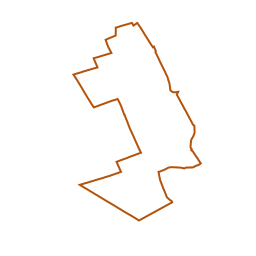 the district of Tultepec, México, Mexico, rotated 141°
{"feature_id": "50627088B32512341732198", "entity_name": "Tultepec", "entity_type": "district", "adm_level": 2, "iso_a3": "MEX", "parent_name": "Mexico", "parent_adm1": "México", "projection": "equal_earth", "projection_center": [-99.118, 19.678], "detail": "fine", "context": "isolated", "style": "outline", "palette": "amber", "viewbox_px": 256, "rotation_deg": 141, "n_neighbors": 0, "source": "geoboundaries", "source_scale": "gbopen_adm2", "svg_char_len": 4759}
<svg xmlns="http://www.w3.org/2000/svg" viewBox="0 0 256 256"><g transform="rotate(141 128 128)"><path d="M141.6,165.5L140.7,165.2L133.3,162.7L132.7,162.5L131.9,162.2L123.4,159.3L121.6,158.6L121.4,158.4L120.7,158.1L120.2,157.9L117.8,157.1L118.3,154.6L118.9,152.1L119.5,149.5L120.6,146.4L121.7,143.2L122.6,140.4L122.4,140.3L123.3,137.5L124.2,134.7L125.1,131.8L125.4,131.0L125.7,130.0L126.0,129.1L127.1,125.7L127.2,125.0L128.2,121.2L129.1,117.5L129.2,117.3L130.2,113.7L131.2,109.8L131.3,109.3L131.8,107.7L132.0,106.7L132.3,105.7L132.9,103.1L133.5,100.6L134.5,101.0L136.9,101.8L138.4,102.3L138.7,102.4L139.9,102.8L140.7,103.1L141.1,103.2L141.6,103.4L144.2,104.3L144.9,104.5L145.4,104.7L145.9,104.8L147.3,105.2L147.7,105.3L149.9,106.1L152.6,107.0L153.3,107.3L158.2,108.9L159.7,103.4L160.8,99.2L161.0,98.3L167.0,100.4L168.9,101.1L170.8,101.8L171.3,102.0L171.9,102.1L172.3,102.4L172.8,102.5L173.3,102.7L173.8,103.0L174.4,103.2L174.7,103.3L175.1,103.5L175.7,103.7L176.3,104.0L177.0,104.2L177.6,104.5L178.0,104.6L178.5,104.8L179.0,104.9L179.4,105.1L181.4,106.0L186.2,108.0L189.1,109.1L189.6,109.4L190.4,109.7L192.1,110.4L194.5,111.3L195.8,111.9L197.6,112.7L198.0,112.8L200.1,113.7L200.4,113.8L201.0,114.1L201.3,114.2L201.2,113.9L200.7,112.6L200.6,112.4L200.2,111.2L199.5,109.3L199.1,108.1L198.3,106.1L197.7,104.3L197.4,103.6L197.2,102.9L196.0,99.7L195.2,97.4L194.6,95.8L194.4,95.2L193.8,93.6L192.9,91.1L192.4,89.7L191.3,86.6L190.3,83.9L189.6,82.1L188.8,79.9L188.6,79.4L188.1,78.1L187.7,77.0L186.6,73.9L186.3,73.0L185.2,69.9L184.8,68.9L184.2,67.0L183.4,64.8L182.6,62.8L182.3,62.0L181.7,60.4L181.4,59.6L180.8,58.3L180.6,57.7L180.2,56.5L179.3,54.0L177.7,49.2L142.3,42.8L140.4,42.4L140.1,43.2L140.1,43.7L140.7,45.8L141.1,47.7L141.3,49.9L140.5,52.4L139.7,54.9L139.0,57.5L138.2,60.0L137.4,62.5L137.1,63.3L136.8,64.1L136.5,65.2L136.2,66.1L135.9,67.0L135.5,67.8L134.8,69.3L134.6,69.7L134.2,70.4L133.8,71.1L132.9,72.8L132.3,73.8L131.9,74.7L131.3,74.4L130.0,73.9L129.3,73.7L128.9,73.6L128.1,73.3L125.8,72.6L123.6,72.1L122.6,72.0L121.9,71.9L120.9,71.5L120.0,70.9L118.7,70.1L117.8,69.3L116.2,67.8L115.1,66.9L114.0,65.8L113.4,65.3L112.8,64.8L112.3,64.4L111.6,63.5L110.6,62.4L109.9,61.4L109.6,61.2L109.1,60.9L108.2,60.9L107.8,60.7L107.0,60.1L106.9,60.1L106.1,59.4L105.2,58.6L104.0,57.9L103.6,57.6L103.4,57.1L102.3,56.6L101.8,56.4L101.7,56.4L101.3,56.3L100.8,56.2L98.5,55.8L98.2,55.5L97.4,55.2L96.7,54.9L96.1,54.9L95.5,54.8L95.4,54.8L94.9,54.7L94.6,54.8L93.7,54.7L93.5,56.9L93.4,58.0L93.3,59.0L93.2,59.9L92.9,62.5L93.0,63.1L92.4,68.5L92.3,69.1L92.3,69.3L92.6,70.1L92.8,70.8L92.2,70.9L92.0,71.1L91.8,71.7L91.9,71.8L91.9,72.5L91.4,73.7L91.3,73.9L91.0,74.4L90.6,74.8L90.1,75.3L89.3,76.1L88.5,76.9L88.4,77.0L88.1,77.3L87.8,77.6L87.6,77.9L86.7,78.6L85.9,79.2L85.5,79.4L85.0,79.5L84.2,79.8L83.3,80.2L82.2,80.6L81.8,80.7L81.7,80.9L80.8,81.5L80.0,81.9L79.4,82.3L78.5,83.3L77.7,84.4L77.4,84.8L77.0,85.3L76.5,86.0L75.7,87.0L75.2,87.8L75.0,88.0L75.4,89.9L75.0,91.4L74.8,92.6L74.4,94.6L74.1,96.4L73.6,98.8L73.6,99.0L73.2,101.1L73.1,101.6L72.9,102.3L72.7,103.3L72.6,104.0L72.5,104.4L72.0,107.5L71.9,108.1L71.6,109.6L71.4,110.5L71.0,112.6L71.0,112.8L70.6,115.2L70.4,116.2L70.3,116.4L69.6,120.4L69.1,123.2L67.4,124.0L66.3,124.5L69.3,126.3L69.9,127.0L70.2,127.3L70.4,127.5L70.6,127.8L70.8,128.4L71.0,128.8L71.1,129.2L71.2,129.6L71.2,129.8L71.3,130.0L71.3,130.4L71.1,131.1L70.0,132.8L68.2,135.8L67.2,137.7L66.8,139.1L66.6,139.8L66.4,140.1L65.3,142.6L64.5,146.0L63.7,149.0L63.1,151.9L62.5,154.5L61.9,157.1L61.4,159.4L60.8,161.7L60.2,164.0L60.1,164.6L59.4,167.6L59.1,169.0L59.1,169.4L58.9,169.7L58.3,170.1L57.9,170.3L57.8,170.7L57.6,171.7L56.6,174.9L57.8,175.0L57.6,177.4L57.6,177.6L57.4,179.8L57.0,182.7L56.9,183.1L56.9,183.9L56.4,187.9L56.4,188.1L55.7,193.4L55.1,198.4L54.7,203.5L54.7,203.8L59.3,204.1L59.3,204.3L58.8,206.9L58.8,207.2L63.3,209.1L63.9,209.3L64.7,209.7L69.3,211.7L72.5,212.9L74.2,213.5L74.3,213.6L74.4,213.4L74.8,213.1L76.0,211.6L77.8,209.5L79.4,207.6L82.4,208.5L86.9,209.8L87.5,210.0L89.9,210.6L92.2,204.0L92.3,203.6L93.7,196.7L100.7,199.6L102.6,200.4L105.9,201.7L110.8,203.8L111.6,201.3L113.5,194.3L113.6,194.2L114.1,194.5L114.8,194.8L115.6,195.1L115.8,195.2L116.0,195.3L117.0,195.8L119.0,196.6L119.7,196.9L120.0,197.0L122.6,198.1L122.9,198.3L124.6,198.9L125.0,199.1L125.9,199.4L126.0,199.5L126.4,199.7L126.9,199.9L128.2,200.4L129.2,200.7L129.6,200.9L130.8,201.4L131.9,201.8L132.2,202.0L132.4,202.0L133.8,202.7L134.1,202.8L134.7,203.0L136.8,203.8L136.9,201.9L137.2,199.3L137.4,197.6L137.5,196.5L137.7,195.5L137.9,193.8L138.3,190.9L138.4,190.2L138.7,187.9L138.8,187.5L138.9,186.4L139.4,183.7L139.4,183.1L139.8,180.9L140.1,178.3L140.2,177.9L140.5,175.5L140.8,172.7L141.2,170.0L141.2,169.9L141.3,168.9L141.4,167.4L141.6,165.5Z" fill="none" stroke="#b45309" stroke-width="2"/></g></svg>